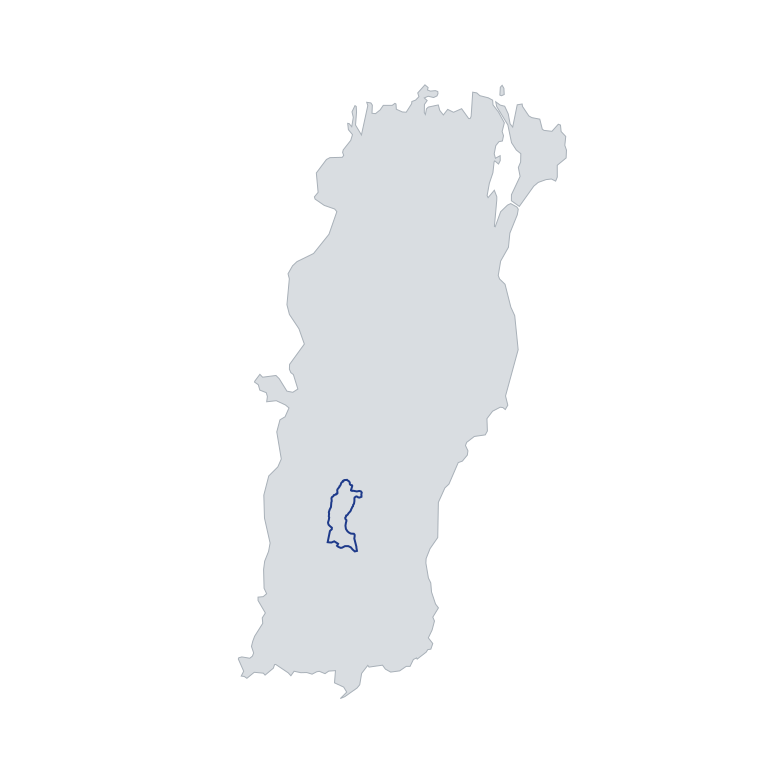 Elazig on a map of Turkey (Robinson projection), rotated 103°
{"feature_id": "TUR-2282", "entity_name": "Elazig", "entity_type": "Province", "adm_level": 1, "iso_a3": "TUR", "parent_name": "Turkey", "parent_adm1": "", "projection": "robinson", "projection_center": [39.185, 38.778], "detail": "fine", "context": "in_parent", "style": "outline", "palette": "blue", "viewbox_px": 768, "rotation_deg": 103, "n_neighbors": 0, "source": "natural_earth", "source_scale": "10m", "svg_char_len": 5478}
<svg xmlns="http://www.w3.org/2000/svg" viewBox="0 0 768 768"><g transform="rotate(103 384 384)"><path d="M589.9,280.6L600.2,284.0L603.6,281.5L612.9,281.8L621.4,283.7L625.9,278.1L631.8,278.7L633.0,281.6L635.8,282.6L644.6,289.8L643.6,290.7L645.8,293.4L653.3,295.1L654.1,298.8L660.0,304.2L663.2,312.7L661.5,318.5L658.3,322.2L663.2,334.9L661.8,336.5L671.0,340.7L682.5,340.0L686.2,341.8L697.5,351.9L700.3,355.8L692.6,351.0L688.4,355.1L686.3,365.0L674.2,366.8L676.2,373.3L679.5,376.3L678.5,382.4L679.5,384.8L682.9,388.8L682.5,394.3L684.0,400.1L684.1,407.0L689.2,409.1L687.0,412.3L681.6,426.4L682.0,427.5L685.8,427.9L694.4,434.4L692.9,436.5L694.1,445.6L701.6,451.4L700.4,454.4L700.7,457.4L695.4,456.1L684.7,464.1L683.4,463.9L681.9,461.1L681.4,453.1L678.8,451.0L675.4,450.5L669.5,454.1L664.1,454.0L658.8,453.3L644.5,448.3L639.3,450.0L633.8,448.1L623.3,458.0L620.0,458.8L618.4,453.9L614.7,451.2L610.0,454.9L591.8,459.6L583.4,460.4L573.1,458.8L564.6,459.2L541.5,470.3L519.3,476.1L499.5,475.6L488.7,468.8L480.2,467.2L454.8,477.7L442.3,477.3L438.2,473.0L428.7,471.2L426.6,475.3L424.5,485.2L427.7,494.3L422.4,494.8L418.9,496.8L417.9,503.6L413.0,506.3L411.3,510.5L410.4,510.6L402.5,507.1L404.7,503.8L400.0,491.2L402.4,487.3L412.8,477.0L412.6,471.0L408.3,466.8L395.2,474.4L393.9,477.3L390.9,479.5L386.1,480.4L363.0,470.6L349.3,479.3L337.5,491.8L328.6,496.4L302.8,499.9L298.2,502.3L289.4,499.7L284.3,496.3L272.7,482.0L250.5,471.3L226.7,468.7L224.6,471.4L223.4,482.4L219.3,492.8L217.3,493.9L212.1,491.3L193.6,497.4L178.2,490.6L175.6,487.6L172.5,475.6L170.3,474.7L167.7,476.4L165.1,476.4L154.1,471.2L148.1,470.8L144.2,475.9L138.2,478.0L138.1,476.6L140.6,473.3L131.1,473.9L126.0,476.4L119.3,474.9L119.8,473.5L125.4,471.9L138.1,470.0L146.4,462.0L116.4,462.4L113.4,464.2L113.1,460.0L114.9,458.1L122.9,456.6L122.5,453.1L117.8,449.4L112.7,447.4L110.7,438.7L108.1,436.5L108.5,435.3L113.5,433.8L114.8,427.4L114.2,423.5L104.7,420.1L102.5,420.4L100.3,417.1L96.2,414.6L92.8,416.6L83.3,411.4L85.2,407.7L87.7,407.8L88.2,404.8L86.6,399.9L86.9,397.4L89.0,396.7L91.4,397.2L93.7,400.1L93.7,405.7L96.2,409.1L98.1,405.7L102.5,407.5L110.5,405.8L112.1,404.3L106.3,404.5L104.2,403.1L99.9,393.9L104.9,391.2L108.5,386.7L102.1,383.7L103.6,377.4L98.3,370.3L106.3,361.2L106.0,359.8L103.6,359.3L79.7,363.2L79.5,359.1L81.5,355.5L81.7,346.7L83.0,342.0L87.5,340.6L93.2,333.7L102.4,325.5L111.4,325.7L115.2,323.4L120.6,323.3L122.0,326.5L126.6,328.7L134.9,328.4L139.0,326.2L135.4,322.2L140.2,321.0L143.9,321.9L141.7,326.3L142.8,326.7L153.6,325.4L164.8,326.5L177.3,325.9L179.0,324.5L170.4,320.1L176.2,316.2L179.4,315.5L205.6,311.9L205.8,311.0L189.9,309.1L181.9,303.9L179.7,301.1L181.7,294.3L183.5,292.5L189.2,292.2L208.7,295.3L222.8,293.5L238.0,298.0L252.6,297.1L255.7,295.0L259.6,288.5L280.6,277.7L288.0,272.0L320.4,261.0L368.3,262.9L376.8,258.6L381.6,260.1L380.2,262.9L380.5,265.6L386.1,272.1L394.6,275.9L406.5,272.7L410.8,273.9L414.8,284.2L422.2,290.3L425.6,290.8L430.2,287.2L434.5,286.8L441.5,290.3L443.9,294.0L466.9,298.2L471.6,301.3L487.1,304.4L521.5,297.1L534.1,302.1L544.6,303.7L549.1,302.9L563.0,297.1L567.3,293.7L576.0,290.9L586.8,284.3L589.9,280.6ZM147.7,262.4L146.6,267.0L148.4,272.1L152.9,279.1L157.6,282.6L180.5,292.1L176.8,301.1L170.9,302.4L151.1,298.1L142.8,301.8L137.0,300.8L128.8,302.5L126.2,307.8L120.2,314.0L103.7,321.6L88.3,336.6L83.9,338.6L86.1,333.5L86.2,328.9L92.9,323.7L102.1,319.7L104.7,316.4L82.0,317.0L80.1,312.4L82.4,311.5L90.2,303.2L91.2,299.9L90.9,291.8L100.1,287.1L100.9,285.2L100.0,277.2L91.7,272.6L92.0,270.3L98.2,268.2L101.9,262.6L110.8,261.5L115.1,258.8L122.8,257.4L131.9,264.4L143.4,261.7L147.7,262.4ZM76.4,336.1L68.7,337.4L66.4,336.1L68.9,333.7L74.9,332.0L76.7,334.4L76.4,336.1Z" fill="#d9dde1" stroke="#a8b0b8" stroke-width="1"/><path d="M527.5,389.9L530.7,389.7L533.8,388.5L535.8,386.4L536.7,384.6L537.2,382.7L537.0,381.3L536.7,379.7L537.1,379.1L537.7,378.6L539.4,378.3L541.2,378.2L548.8,374.3L549.9,374.0L552.7,372.8L553.7,374.8L552.3,377.4L550.6,379.6L550.0,382.4L550.8,385.6L552.8,387.9L553.4,389.2L553.2,390.7L552.8,392.3L552.2,393.4L551.1,393.0L550.0,392.8L548.5,397.1L550.3,399.6L550.6,401.4L550.8,403.3L539.6,403.6L539.1,403.5L537.9,402.6L537.2,402.2L535.7,402.5L535.1,403.8L534.4,405.1L533.6,406.3L532.5,407.0L531.4,407.4L528.8,407.2L526.3,407.4L525.4,408.0L522.8,408.3L521.4,408.9L518.6,408.7L515.8,408.0L511.2,408.7L509.9,408.6L507.1,409.5L506.0,409.3L505.0,408.4L504.4,408.0L503.6,407.9L503.5,407.7L502.8,406.5L502.5,406.3L501.6,405.7L501.9,405.4L501.1,404.8L500.0,405.0L498.0,405.7L497.0,405.6L494.3,404.3L494.1,404.3L493.9,404.4L493.7,404.4L493.1,403.9L492.1,403.6L490.1,403.4L489.7,403.2L489.3,403.0L488.8,402.6L488.3,401.9L487.9,401.7L487.5,402.1L487.0,401.6L486.5,400.9L486.2,400.1L486.1,399.4L486.0,399.1L485.8,398.8L485.7,398.5L486.2,397.7L486.4,396.9L486.6,396.5L487.0,395.9L487.5,395.4L488.2,395.0L489.0,394.9L489.4,394.6L489.8,394.0L490.0,393.3L489.8,392.6L490.2,392.1L491.1,392.0L494.7,392.3L495.1,392.2L495.2,391.8L495.1,391.2L495.3,391.0L494.9,389.7L494.9,388.8L494.8,386.3L494.3,385.2L493.8,384.1L493.8,382.4L494.7,381.3L497.0,381.2L497.9,380.8L499.0,380.6L500.2,382.4L500.3,383.6L499.8,384.7L499.8,385.8L501.2,387.1L502.1,387.1L504.7,386.5L507.4,386.3L508.8,386.9L509.1,386.8L509.8,386.7L510.1,386.7L511.1,387.3L512.2,387.4L513.5,387.8L514.9,387.9L516.4,388.6L517.9,389.5L519.4,390.0L520.0,390.4L520.7,391.3L521.0,391.2L521.6,391.1L522.4,391.5L523.2,391.7L524.3,391.1L525.1,390.0L526.3,389.8L527.5,389.9Z" fill="none" stroke="#1e3a8a" stroke-width="2"/></g></svg>